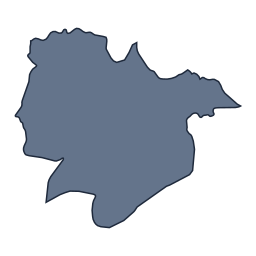 outline of Preah Vihéar
{"feature_id": "KHM-1791", "entity_name": "Preah Vihéar", "entity_type": "Province", "adm_level": 1, "iso_a3": "KHM", "parent_name": "Cambodia", "parent_adm1": "", "projection": "mercator", "projection_center": [105.055, 13.778], "detail": "fine", "context": "isolated", "style": "filled", "palette": "slate", "viewbox_px": 256, "rotation_deg": 0, "n_neighbors": 0, "source": "natural_earth", "source_scale": "10m", "svg_char_len": 3061}
<svg xmlns="http://www.w3.org/2000/svg" viewBox="0 0 256 256"><path d="M76.5,28.4L78.9,28.7L80.9,29.9L82.8,31.4L85.2,32.6L86.2,32.7L89.0,32.3L90.3,32.3L91.5,32.8L93.8,34.4L95.0,35.0L97.5,35.4L103.3,36.5L106.0,37.3L106.7,39.2L106.8,41.2L106.1,48.0L106.3,49.3L111.0,58.0L113.5,60.9L116.7,62.4L124.6,60.0L129.1,52.4L132.5,44.9L136.7,42.6L136.7,47.4L137.3,50.9L138.7,54.0L147.4,67.2L150.0,69.9L151.0,70.4L153.2,71.1L154.2,71.7L158.0,77.0L159.2,78.1L160.6,78.7L163.0,79.0L167.2,79.1L171.5,78.4L175.6,77.0L179.0,74.7L181.5,74.1L183.6,72.8L187.7,69.9L188.9,70.7L190.0,71.6L191.0,72.7L191.8,73.9L194.0,73.0L196.7,74.2L198.9,76.5L200.0,79.2L202.3,77.5L203.8,77.6L205.2,78.6L207.6,79.6L209.7,79.8L212.8,79.3L214.4,79.4L218.5,81.6L220.7,85.3L222.3,89.5L224.8,93.2L237.3,104.2L240.6,106.0L239.7,106.5L238.2,107.0L235.4,107.5L218.2,107.7L215.8,107.9L214.7,108.2L214.2,108.4L213.7,108.8L213.3,109.6L213.1,111.1L213.2,111.9L213.4,112.5L213.6,112.9L214.0,113.9L213.9,114.5L213.5,115.1L212.5,115.7L211.1,116.2L210.6,116.3L210.1,116.3L209.6,116.1L209.3,115.8L208.6,115.1L208.2,114.9L207.6,114.8L207.1,114.8L206.1,115.1L204.3,115.3L203.7,115.4L203.1,115.7L201.9,116.9L201.5,117.2L201.0,117.4L200.5,117.3L200.0,117.1L199.7,116.8L199.4,116.4L198.1,114.3L197.8,114.0L197.4,113.7L197.0,113.4L196.4,113.2L195.9,113.1L195.3,113.0L194.1,113.2L193.7,113.3L193.2,113.5L192.8,113.7L191.8,114.4L189.9,116.4L189.5,116.7L188.7,117.2L187.7,118.1L187.2,118.8L186.8,119.4L186.6,119.9L186.5,120.9L187.1,127.4L186.8,129.1L186.8,129.7L187.0,130.5L187.5,131.4L188.6,132.9L189.2,133.7L189.8,134.1L190.3,134.4L190.7,134.7L191.2,135.4L191.8,136.4L193.3,141.1L194.5,149.3L192.6,170.5L189.6,174.6L169.8,185.0L166.4,186.3L137.5,206.7L136.9,207.3L134.9,210.4L133.8,211.7L123.8,220.5L109.4,227.6L100.8,226.7L97.6,225.6L95.8,224.1L95.2,223.3L94.4,222.2L93.1,219.2L92.6,216.2L92.1,210.3L92.8,203.5L93.6,200.6L95.1,197.6L95.5,196.5L95.4,195.3L94.4,194.6L93.0,194.1L79.0,191.3L70.0,191.1L65.2,192.6L60.1,194.6L46.1,202.3L48.2,182.7L49.1,179.8L50.8,176.6L63.1,159.9L63.4,159.0L63.3,158.4L63.1,158.1L62.0,158.3L60.6,159.4L60.0,159.7L56.4,161.0L54.7,160.9L42.1,157.6L29.2,155.7L26.6,155.0L26.0,154.8L25.4,154.3L24.8,153.5L24.3,152.4L23.9,151.5L23.6,150.4L23.5,149.2L23.6,147.8L24.3,145.6L25.8,142.4L26.3,140.9L26.5,139.1L25.6,131.7L25.2,130.4L24.6,129.2L24.0,128.4L23.5,127.4L23.2,126.1L22.6,123.1L22.0,122.5L21.4,122.1L20.9,121.8L20.6,121.3L19.6,118.6L19.1,117.6L18.4,117.1L17.6,116.8L15.9,116.6L15.4,116.1L15.4,115.3L20.8,107.7L21.5,106.5L21.9,105.3L22.0,103.3L21.9,102.3L22.3,100.5L28.9,81.7L29.6,74.6L30.8,72.0L32.3,69.7L33.1,68.8L35.7,66.9L36.3,66.3L36.6,65.7L36.4,65.3L35.7,64.6L32.7,62.3L28.2,56.8L27.9,56.2L27.8,55.4L28.3,54.5L28.9,54.0L29.6,53.6L30.0,52.8L30.1,51.6L30.1,46.7L30.7,43.6L30.7,40.9L31.2,40.9L32.0,40.4L33.0,39.6L34.2,38.8L35.7,38.3L38.4,38.9L40.7,39.9L43.1,40.4L46.0,39.2L47.6,37.4L49.0,35.1L50.6,32.9L52.9,31.6L55.3,31.5L58.9,33.1L61.4,33.0L62.3,32.2L63.8,29.8L65.0,29.3L66.2,29.9L66.9,32.6L67.9,33.4L70.1,32.9L74.5,29.4L76.5,28.4Z" fill="#64748b" stroke="#1e293b" stroke-width="1.5"/></svg>